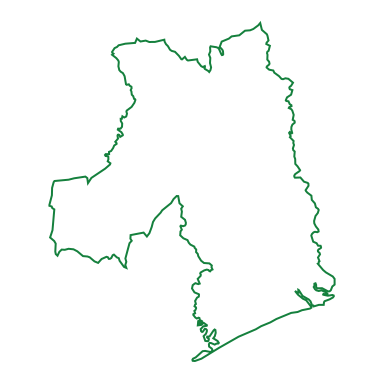 outline of Mocubela, Zambezia, Mozambique
{"feature_id": "85939544B38416709222197", "entity_name": "Mocubela", "entity_type": "district", "adm_level": 2, "iso_a3": "MOZ", "parent_name": "Mozambique", "parent_adm1": "Zambezia", "projection": "mercator", "projection_center": [37.746, -17.006], "detail": "fine", "context": "isolated", "style": "outline", "palette": "green", "viewbox_px": 384, "rotation_deg": 0, "n_neighbors": 0, "source": "geoboundaries", "source_scale": "gbopen_adm2", "svg_char_len": 5976}
<svg xmlns="http://www.w3.org/2000/svg" viewBox="0 0 384 384"><path d="M212.4,349.9L211.8,351.4L210.5,352.0L205.1,350.9L202.6,351.2L195.7,357.4L193.0,358.7L192.4,359.8L192.7,360.8L194.9,361.0L201.4,358.7L219.1,347.8L238.6,336.7L255.8,329.3L261.1,326.2L270.3,322.4L276.4,319.0L291.2,312.9L297.6,312.0L302.0,310.2L309.9,308.6L311.4,307.7L311.5,307.2L306.2,300.3L302.9,298.7L298.1,294.8L295.0,291.0L297.8,292.8L298.5,292.7L298.3,289.8L298.8,290.1L302.5,295.9L308.8,299.5L310.5,301.3L312.2,305.6L313.4,305.5L313.8,306.4L318.8,304.9L323.7,304.9L324.0,302.2L324.6,301.2L329.7,299.3L332.9,297.5L333.8,296.3L333.7,295.5L332.4,295.0L327.9,295.7L323.9,294.9L323.2,294.6L323.5,293.9L326.9,294.6L327.5,294.3L327.4,293.6L325.2,292.0L321.5,290.3L318.8,291.0L316.3,290.3L314.9,289.1L313.7,287.0L314.4,285.9L314.4,283.7L315.5,283.3L316.1,284.7L316.2,287.3L317.2,288.3L322.1,288.2L328.1,291.4L329.6,291.3L330.8,290.3L332.3,286.5L334.6,284.6L334.6,278.9L332.8,276.5L325.9,272.4L323.1,270.0L317.8,263.7L318.7,263.1L318.8,261.8L319.5,261.2L318.0,257.5L320.0,254.3L319.6,253.0L318.0,251.5L317.9,250.5L318.5,249.5L320.8,248.1L321.1,247.2L320.6,245.8L318.1,245.7L316.6,243.2L313.2,241.7L311.3,235.6L311.9,234.1L313.5,232.4L315.0,231.8L317.3,232.2L318.6,231.5L318.3,229.5L315.9,226.5L314.3,223.4L314.1,221.0L315.5,216.0L317.8,213.0L318.7,210.0L318.1,208.9L315.9,207.3L314.9,203.4L311.8,199.9L311.4,195.7L307.3,192.6L306.0,191.1L305.6,190.2L308.5,185.8L308.4,183.7L307.7,182.9L304.0,181.7L300.4,177.5L295.0,177.7L294.3,176.7L294.3,175.5L295.2,174.1L299.5,171.1L300.1,170.2L297.6,166.4L295.3,163.9L295.2,159.0L294.3,156.5L294.7,151.5L293.3,150.2L292.9,148.4L294.0,145.0L293.3,143.0L293.6,141.0L289.9,137.2L290.7,136.1L289.1,132.9L289.8,132.0L291.7,133.4L292.2,133.0L291.3,129.5L291.4,127.0L292.4,124.6L294.7,122.7L294.7,121.6L294.4,120.8L292.7,119.8L293.7,114.9L292.3,110.6L291.3,109.2L288.8,108.0L289.2,107.2L291.5,106.2L291.4,105.2L289.7,104.1L288.5,101.3L286.3,101.0L285.8,100.3L287.0,97.4L291.1,94.7L292.4,90.1L289.8,89.2L289.3,87.8L289.7,86.8L291.1,85.8L293.0,82.7L288.4,78.8L285.4,78.3L283.0,79.2L281.5,78.9L279.1,76.2L274.3,72.7L273.3,70.5L269.2,69.7L266.6,67.5L266.8,66.5L269.2,64.5L269.5,63.7L269.1,61.7L267.3,59.6L267.5,54.7L267.0,53.1L267.4,51.7L268.6,50.8L269.9,45.8L266.3,44.0L266.6,42.7L268.5,40.5L267.5,35.9L266.9,34.3L261.9,29.9L260.2,23.0L258.3,25.3L253.3,29.0L250.1,30.3L245.0,30.7L239.3,35.3L231.6,36.4L228.9,38.6L221.7,41.6L219.7,46.9L222.3,49.7L223.0,51.2L223.2,54.3L222.7,55.0L221.9,55.1L221.2,54.0L219.0,49.0L217.9,47.8L216.3,47.2L210.6,46.3L210.1,47.4L210.3,51.4L209.0,54.6L210.3,57.9L210.0,63.1L211.1,67.4L210.4,70.2L209.2,72.0L208.3,71.0L204.8,68.9L204.4,68.2L205.0,66.9L204.8,66.1L202.8,67.0L201.2,66.2L197.7,61.8L197.1,59.3L188.0,60.5L186.8,59.8L184.9,56.9L182.0,59.4L181.3,59.2L178.9,55.8L175.0,51.8L171.7,50.9L170.0,49.7L167.9,46.1L166.0,44.2L164.6,41.6L164.3,39.7L155.1,41.9L149.3,42.0L145.7,40.6L140.5,41.5L136.9,38.6L135.1,42.9L125.3,43.7L118.6,45.3L117.1,46.9L114.6,48.1L112.1,51.9L112.2,52.6L113.5,53.7L112.1,54.8L116.3,58.1L118.3,60.5L118.8,62.0L118.4,66.3L119.3,70.1L120.7,71.7L122.9,73.1L124.6,76.2L126.0,84.3L126.7,84.8L128.8,84.3L129.7,85.7L131.4,86.7L131.6,88.2L130.7,90.1L131.4,91.4L131.8,94.7L133.2,96.1L134.1,98.9L135.1,99.2L135.4,99.9L134.4,102.8L131.6,106.9L126.7,110.6L126.4,111.7L127.0,113.7L126.2,116.5L124.2,117.5L122.4,116.3L121.8,118.8L120.7,118.8L120.8,121.0L122.2,123.5L122.0,126.8L120.5,128.7L118.1,128.7L117.8,129.7L121.4,132.2L122.8,134.5L122.8,135.3L120.2,136.9L119.3,135.0L118.6,134.6L117.8,134.8L117.5,135.8L118.0,138.6L115.3,141.8L116.6,143.2L116.6,143.9L114.2,145.5L113.1,148.1L111.1,151.0L109.0,151.9L109.1,154.1L105.7,154.1L105.0,155.0L105.6,156.0L108.0,156.3L108.3,156.7L108.4,159.3L107.7,161.3L110.4,163.3L110.0,164.5L105.1,168.7L91.4,177.9L88.0,183.1L87.3,178.1L85.4,176.6L74.1,178.3L68.6,179.7L54.5,181.0L53.7,182.1L52.1,187.9L51.9,195.3L49.4,204.9L49.4,205.8L51.7,206.5L52.3,208.1L54.3,209.4L52.5,230.2L50.1,237.5L54.2,241.0L55.7,243.6L55.3,251.7L55.8,254.1L57.5,255.7L59.3,251.9L61.7,249.6L64.8,249.8L68.6,248.8L73.5,249.3L77.3,251.3L83.0,256.1L87.5,256.5L89.7,257.3L94.5,261.4L98.1,262.9L101.6,259.0L106.5,256.8L107.8,257.2L108.8,258.9L109.8,258.9L111.3,258.0L112.7,255.2L113.9,254.6L116.9,257.4L118.8,258.2L119.6,260.8L124.0,266.9L126.3,267.9L125.3,265.0L126.3,261.8L125.4,258.5L129.5,243.2L131.7,240.8L130.4,238.7L130.6,235.1L143.6,232.6L146.9,236.5L149.4,233.2L151.7,227.0L153.0,222.0L155.2,218.4L160.6,212.7L162.2,210.3L171.1,203.1L173.6,199.0L176.7,196.0L178.2,196.1L179.5,203.3L182.8,206.3L181.2,208.7L181.9,211.6L181.2,216.8L185.0,219.8L185.9,222.8L185.7,224.5L184.9,225.6L183.1,226.2L180.9,225.6L180.4,226.2L181.8,229.7L180.5,231.4L180.2,235.3L183.4,238.3L187.5,240.1L188.8,242.8L190.4,244.6L194.3,246.6L194.7,247.9L196.2,249.5L196.1,252.1L197.7,253.8L198.3,256.2L201.1,260.7L204.0,263.0L209.4,263.4L211.8,265.5L211.5,267.2L212.5,269.5L210.7,270.3L210.3,271.3L209.5,271.2L208.4,270.0L206.8,269.6L204.2,270.4L200.6,272.5L200.2,273.5L200.8,274.7L200.6,275.9L197.7,278.9L199.7,283.6L198.3,284.1L195.4,283.2L194.3,283.9L192.7,285.2L192.0,288.5L194.5,292.4L198.8,294.2L199.0,294.6L198.8,296.6L197.0,297.7L195.1,301.0L195.9,304.0L195.1,304.6L194.5,306.3L196.0,307.4L196.1,308.4L195.3,310.2L194.4,310.9L195.1,313.3L193.4,314.1L193.3,314.9L195.3,317.5L196.8,318.5L198.6,317.7L199.4,318.0L200.0,320.4L198.2,321.1L198.1,322.2L199.4,322.3L201.1,320.7L202.0,321.2L201.8,323.1L199.8,324.1L198.0,323.6L197.8,325.4L201.3,324.9L203.6,322.8L206.9,325.2L206.7,325.8L203.3,326.3L200.7,329.1L201.1,331.2L202.1,332.0L202.9,331.6L204.8,328.8L205.9,329.0L206.9,330.1L206.8,331.6L205.9,333.8L203.6,336.2L205.3,340.9L207.3,341.2L208.4,340.9L208.9,339.0L207.1,337.5L207.2,336.6L209.5,336.5L213.6,330.4L214.6,329.5L215.4,330.0L215.7,332.9L214.8,336.2L213.3,338.3L217.6,341.0L218.8,342.9L218.3,343.5L216.5,343.6L214.7,344.6L210.9,343.0L209.5,343.0L208.9,344.2L209.1,346.6L211.8,348.6L212.4,349.9Z" fill="none" stroke="#15803d" stroke-width="2"/></svg>